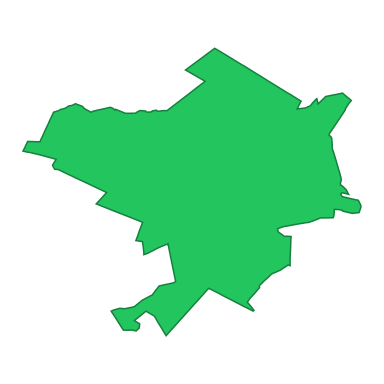 Lazdulejas pag., Balvu, Latvia (Equal Earth projection)
{"feature_id": "27541924B29489313148082", "entity_name": "Lazdulejas pag.", "entity_type": "district", "adm_level": 2, "iso_a3": "LVA", "parent_name": "Latvia", "parent_adm1": "Balvu", "projection": "equal_earth", "projection_center": [27.463, 57.024], "detail": "fine", "context": "isolated", "style": "filled", "palette": "green", "viewbox_px": 384, "rotation_deg": 0, "n_neighbors": 0, "source": "geoboundaries", "source_scale": "gbopen_adm2", "svg_char_len": 5242}
<svg xmlns="http://www.w3.org/2000/svg" viewBox="0 0 384 384"><path d="M358.3,200.2L355.9,199.8L346.2,197.6L345.5,197.4L342.2,196.6L340.7,194.2L342.1,192.7L348.6,194.3L347.6,192.5L346.7,190.6L345.4,188.8L344.3,187.9L342.5,186.1L340.6,184.9L340.4,182.8L340.6,182.5L341.2,180.4L341.0,177.7L340.3,175.1L339.6,172.5L338.7,169.7L337.6,165.8L336.5,162.1L335.8,159.6L335.0,157.0L333.6,152.4L332.1,148.0L332.3,145.5L331.7,138.2L330.7,136.4L329.2,135.5L329.2,134.8L329.4,133.7L329.8,133.1L331.0,131.3L331.3,130.9L337.0,122.4L338.5,120.1L340.0,117.9L342.2,114.6L345.0,110.4L345.6,108.5L346.7,106.8L347.8,105.1L348.9,103.4L349.4,102.8L351.3,100.5L349.0,98.5L346.6,96.6L344.6,94.9L342.6,93.1L339.6,93.7L336.7,94.3L331.2,95.4L325.7,96.5L324.0,98.2L322.3,99.8L320.2,101.9L318.1,104.0L316.9,98.8L316.8,98.6L315.1,100.2L313.1,102.4L311.8,103.9L310.4,105.7L310.1,105.9L309.2,106.3L306.9,107.3L306.0,107.6L305.4,107.9L305.2,108.0L297.6,108.9L297.2,108.9L299.4,104.4L301.1,101.2L294.6,97.1L293.4,96.4L293.2,96.3L292.6,95.9L291.8,95.3L286.2,92.1L280.9,88.8L280.2,88.4L279.3,87.8L277.5,86.7L273.5,84.2L267.9,80.8L261.9,77.0L254.5,72.5L249.6,69.4L244.0,65.9L242.1,64.9L234.4,60.2L225.0,54.4L214.7,48.3L208.1,53.2L201.3,58.3L193.0,64.4L185.5,70.0L195.1,75.5L205.1,81.3L196.1,88.2L187.5,94.9L178.9,101.5L170.2,108.2L166.9,110.7L163.5,110.6L158.6,111.2L157.5,111.3L157.3,111.2L157.1,111.1L156.7,110.3L156.5,110.2L156.3,110.2L152.2,110.9L152.1,111.0L151.8,111.8L149.0,112.1L147.0,112.1L146.0,111.7L145.7,111.0L141.6,110.7L139.8,110.6L136.8,112.2L135.5,113.2L132.7,113.2L129.8,113.3L125.6,113.3L125.4,113.3L120.5,111.3L115.6,109.3L115.1,110.1L113.4,108.8L112.9,108.3L110.4,107.3L109.4,107.5L104.3,108.7L98.7,109.9L92.4,111.4L91.6,112.0L91.3,112.3L87.8,110.5L86.6,109.8L86.0,109.5L85.6,109.3L85.1,108.9L84.8,108.8L84.4,108.5L84.2,108.3L83.8,107.9L83.6,107.7L83.2,107.3L82.9,106.9L82.8,106.6L82.6,106.4L79.1,105.1L75.6,103.8L75.4,103.7L74.2,104.4L73.6,104.7L73.2,104.9L71.5,105.5L70.6,105.7L70.0,105.7L69.4,105.8L68.9,105.9L68.4,106.2L67.6,106.7L66.9,107.1L65.8,107.9L65.2,108.2L64.8,108.3L63.6,108.8L63.2,108.9L62.6,109.0L61.5,109.2L61.2,109.2L60.9,109.3L60.5,109.5L59.0,110.4L58.6,110.6L58.1,110.8L57.5,111.0L56.2,111.4L55.0,111.7L54.5,111.9L53.6,112.2L53.5,112.3L52.6,114.3L51.0,117.8L50.4,119.0L49.9,120.0L48.1,124.1L47.2,126.0L46.4,127.6L46.0,128.5L45.6,129.3L43.6,133.7L42.4,136.5L41.3,138.7L39.9,141.8L36.5,141.7L30.5,141.5L27.7,141.4L26.7,143.5L24.9,147.3L23.0,151.1L27.2,152.1L27.8,152.2L28.2,152.2L29.4,152.4L30.3,152.6L32.9,153.2L36.7,154.1L40.9,155.1L41.9,155.4L45.3,156.3L48.4,157.2L49.2,157.4L54.2,158.8L56.2,159.3L54.3,162.2L52.5,165.2L53.4,167.1L54.7,169.3L54.8,169.3L58.1,169.5L67.0,173.8L78.4,179.2L89.1,184.2L100.5,189.6L106.6,192.5L101.2,198.5L96.2,203.9L107.7,208.5L117.8,212.5L126.8,216.0L137.4,220.2L142.6,222.3L142.2,223.3L140.0,229.2L138.7,232.7L138.1,234.7L135.9,240.6L139.2,241.1L142.5,241.6L143.3,247.5L143.7,251.4L144.0,253.8L143.9,253.8L144.0,254.3L143.9,254.6L144.3,254.5L147.4,253.4L148.1,253.1L150.2,252.0L152.2,251.0L154.2,250.0L156.2,248.9L158.6,247.7L160.9,246.7L163.1,245.8L165.5,244.8L168.0,243.7L168.3,245.3L168.2,245.4L168.4,245.5L169.2,249.8L169.4,251.0L170.4,255.3L170.3,255.8L171.0,258.7L171.3,260.2L171.7,262.2L172.0,263.8L172.1,264.1L172.3,265.2L172.9,268.4L173.0,268.6L173.9,272.9L174.8,277.4L175.6,281.1L175.6,281.3L174.9,281.9L173.9,282.7L173.7,282.8L172.4,283.0L169.5,283.7L167.7,284.1L165.5,284.5L162.6,285.2L159.4,285.9L159.2,285.9L159.1,286.0L158.4,286.9L157.0,288.7L155.3,290.8L152.2,295.0L150.9,295.6L144.9,298.8L144.1,299.3L142.5,300.0L140.8,301.5L138.8,303.0L137.1,304.4L135.4,305.8L134.3,306.7L134.0,306.8L129.7,307.7L125.8,308.5L125.0,308.7L123.3,308.6L119.7,308.3L116.2,309.3L112.9,310.3L112.7,310.4L112.0,310.8L111.7,311.0L111.2,311.1L111.3,311.4L115.0,317.0L118.5,322.4L120.4,325.5L121.9,327.9L123.5,330.2L126.9,330.2L131.9,330.1L132.2,330.1L132.3,330.1L136.1,331.0L139.2,328.1L139.7,323.8L137.8,322.7L134.3,320.6L142.3,314.2L146.0,311.2L154.4,316.1L158.0,322.4L160.8,326.9L166.1,335.7L168.6,332.9L171.2,330.0L173.6,327.4L175.0,325.8L176.3,324.3L179.9,320.3L183.5,316.3L187.1,312.3L190.7,308.3L194.2,304.4L197.8,300.5L201.4,296.4L205.0,292.4L206.8,290.4L208.7,288.3L214.3,291.1L219.9,293.9L221.5,294.9L223.2,295.8L226.1,297.3L231.5,300.0L236.8,302.8L240.4,304.6L243.9,306.5L245.9,307.4L253.1,311.1L254.0,310.3L250.4,305.7L248.9,304.0L247.3,302.2L248.5,300.5L249.6,298.9L252.0,296.2L254.5,293.5L256.1,291.7L257.6,289.8L259.6,287.7L259.2,286.0L261.8,283.3L264.5,280.6L266.1,279.2L267.8,277.8L269.7,275.9L271.6,274.0L275.8,272.2L277.7,271.3L280.1,270.3L280.8,269.9L284.5,267.4L288.2,265.0L290.1,265.7L290.1,258.8L290.4,253.1L290.7,245.4L290.8,240.6L291.1,236.5L286.3,236.2L284.4,236.4L281.3,234.1L278.2,231.8L277.6,228.7L280.4,227.7L283.1,226.8L283.2,226.7L286.1,226.2L288.9,225.7L292.7,225.0L296.4,224.3L300.5,223.6L303.2,223.2L305.8,222.7L308.3,222.5L312.0,221.3L316.2,219.7L320.3,218.0L321.4,218.0L324.1,217.9L326.8,217.9L333.2,217.7L333.7,216.5L334.1,214.1L334.2,211.6L334.4,209.4L339.0,209.6L342.4,210.3L342.5,210.9L343.0,211.2L352.2,213.4L354.7,213.1L355.2,213.0L359.1,212.6L359.9,210.3L360.7,208.0L361.0,206.2L360.7,205.1L359.6,202.8L358.3,200.2Z" fill="#22c55e" stroke="#15803d" stroke-width="1.5"/></svg>